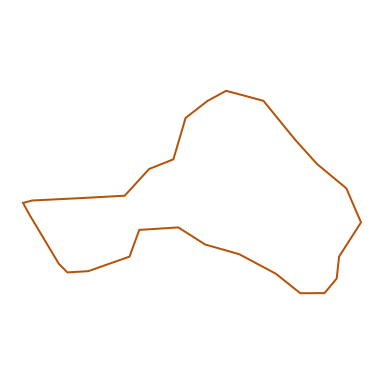 outline of Åstorp, Skåne, Sweden
{"feature_id": "70781695B3781926649981", "entity_name": "Åstorp", "entity_type": "district", "adm_level": 2, "iso_a3": "SWE", "parent_name": "Sweden", "parent_adm1": "Skåne", "projection": "orthographic", "projection_center": [13.009, 56.163], "detail": "fine", "context": "isolated", "style": "outline", "palette": "amber", "viewbox_px": 384, "rotation_deg": 0, "n_neighbors": 0, "source": "geoboundaries", "source_scale": "gbopen_adm2", "svg_char_len": 490}
<svg xmlns="http://www.w3.org/2000/svg" viewBox="0 0 384 384"><path d="M67.4,272.4L88.1,271.2L129.5,256.6L139.3,229.9L178.3,227.4L205.1,244.5L239.2,254.2L275.8,273.7L300.2,293.2L308.6,293.2L324.5,293.1L328.8,288.0L336.7,278.5L339.1,256.6L361.0,222.4L346.3,188.3L317.0,164.0L295.1,139.7L263.4,100.8L226.1,90.8L207.5,100.9L185.6,117.9L173.4,159.3L149.1,169.0L124.7,195.7L80.9,198.1L32.2,200.5L23.0,202.9L29.7,215.1L58.9,263.9L67.4,272.4Z" fill="none" stroke="#b45309" stroke-width="2"/></svg>